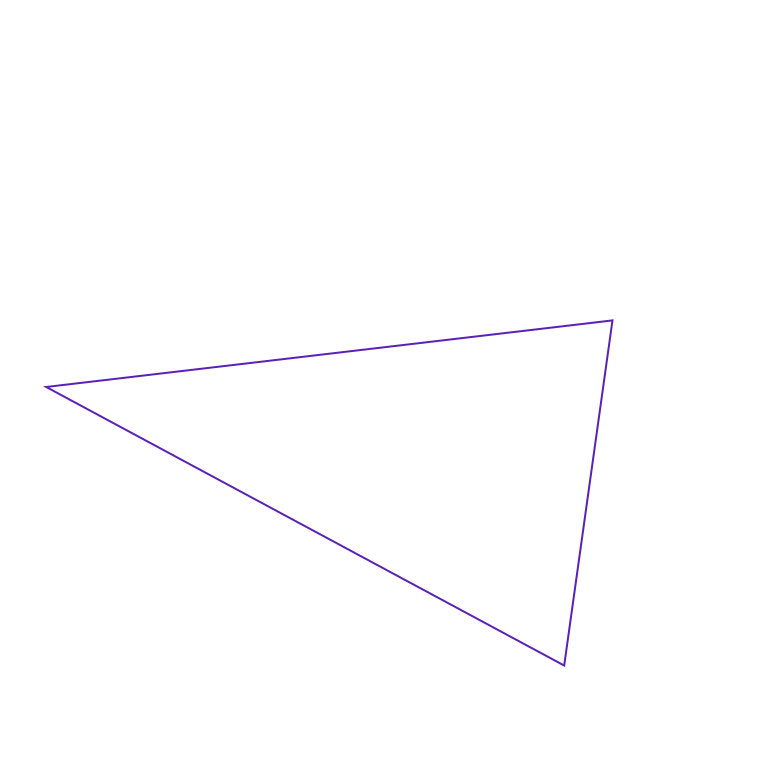 Anetan, orthographic projection, rotated 119°
{"feature_id": "NRU-4978", "entity_name": "Anetan", "entity_type": "state/province", "adm_level": 1, "iso_a3": "NRU", "parent_name": "Nauru", "parent_adm1": "", "projection": "orthographic", "projection_center": [166.935, -0.497], "detail": "fine", "context": "isolated", "style": "outline", "palette": "violet", "viewbox_px": 768, "rotation_deg": 119, "n_neighbors": 0, "source": "natural_earth", "source_scale": "10m", "svg_char_len": 213}
<svg xmlns="http://www.w3.org/2000/svg" viewBox="0 0 768 768"><g transform="rotate(119 384 384)"><path d="M217.6,215.0L542.9,89.9L550.4,678.1L217.6,215.0Z" fill="none" stroke="#5b21b6" stroke-width="2"/></g></svg>